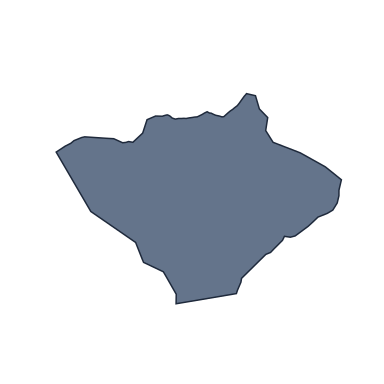 Sunbilt, Castries, Saint Lucia, rotated 198°
{"feature_id": "8701671B71920498975173", "entity_name": "Sunbilt", "entity_type": "district", "adm_level": 2, "iso_a3": "LCA", "parent_name": "Saint Lucia", "parent_adm1": "Castries", "projection": "robinson", "projection_center": [-60.979, 14.006], "detail": "fine", "context": "isolated", "style": "filled", "palette": "slate", "viewbox_px": 384, "rotation_deg": 198, "n_neighbors": 0, "source": "geoboundaries", "source_scale": "gbopen_adm2", "svg_char_len": 1220}
<svg xmlns="http://www.w3.org/2000/svg" viewBox="0 0 384 384"><g transform="rotate(198 192 192)"><path d="M172.6,80.8L118.4,109.1L118.4,112.6L117.6,121.4L118.2,125.2L102.5,155.5L98.6,158.8L96.3,163.6L91.0,174.0L90.4,178.4L84.5,179.4L80.3,182.1L70.9,195.3L67.3,201.7L64.4,207.1L56.7,213.5L52.5,218.3L50.5,226.4L51.1,233.8L52.8,239.2L53.7,249.8L72.9,257.1L101.2,262.7L130.2,264.3L140.9,273.2L143.0,286.2L153.6,291.8L161.4,303.2L170.6,302.4L170.9,301.4L171.9,299.2L173.1,295.5L173.7,293.6L174.5,291.0L175.6,288.1L177.8,284.9L178.8,283.2L180.7,280.8L182.2,278.4L185.0,273.5L186.7,272.7L189.5,272.7L193.2,272.3L195.4,272.5L198.2,272.9L199.8,272.5L202.4,273.0L204.5,271.0L206.4,268.8L210.2,265.1L212.6,264.1L214.9,262.9L217.6,261.6L220.3,260.1L222.4,259.6L224.9,258.6L227.5,257.8L230.3,256.2L233.7,256.2L236.1,257.3L238.0,257.7L239.4,257.7L241.1,256.7L242.7,255.6L243.6,254.9L250.1,253.0L257.1,246.9L257.1,232.8L263.6,221.0L267.9,220.4L270.1,218.8L273.2,217.4L282.9,218.5L290.1,216.6L311.1,211.3L313.8,209.7L320.1,204.4L322.3,200.9L326.8,196.4L333.5,188.0L282.2,142.2L230.0,126.6L218.3,112.4L216.3,110.1L195.6,107.4L194.6,107.3L189.9,103.1L175.4,89.9L172.6,80.8Z" fill="#64748b" stroke="#1e293b" stroke-width="1.5"/></g></svg>